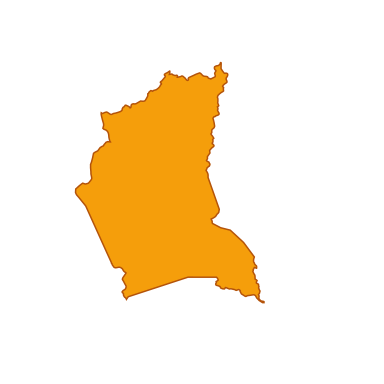 the district of Santa Cruz, Lempira, Honduras, rotated 121°
{"feature_id": "27666195B84616155619024", "entity_name": "Santa Cruz", "entity_type": "district", "adm_level": 2, "iso_a3": "HND", "parent_name": "Honduras", "parent_adm1": "Lempira", "projection": "robinson", "projection_center": [-88.56, 14.362], "detail": "fine", "context": "isolated", "style": "filled", "palette": "amber", "viewbox_px": 384, "rotation_deg": 121, "n_neighbors": 0, "source": "geoboundaries", "source_scale": "gbopen_adm2", "svg_char_len": 5956}
<svg xmlns="http://www.w3.org/2000/svg" viewBox="0 0 384 384"><g transform="rotate(121 192 192)"><path d="M249.8,73.3L249.0,73.7L248.9,73.9L249.0,74.6L249.7,76.4L249.8,77.1L249.5,78.3L248.9,79.8L247.8,80.4L246.6,80.9L245.8,82.2L244.2,82.0L241.9,82.7L241.4,83.5L241.1,84.2L240.7,84.4L240.0,85.5L238.6,85.9L238.4,86.3L237.2,87.2L236.9,87.5L236.8,87.8L236.9,89.2L236.9,89.8L236.7,90.1L235.5,90.6L234.5,90.5L234.4,90.6L234.2,91.3L234.1,93.1L231.6,94.7L230.9,95.4L230.6,95.8L230.2,96.8L228.7,99.0L228.1,99.0L227.9,99.0L226.8,99.7L226.2,99.5L224.6,99.7L224.4,99.4L224.2,97.5L224.1,97.4L223.8,97.5L222.9,98.0L222.2,98.6L221.6,101.1L220.8,101.9L220.4,102.9L220.0,103.3L219.2,103.9L217.7,104.6L215.6,105.1L208.7,121.8L205.0,139.6L207.9,149.1L208.4,158.0L208.1,158.8L206.6,159.7L205.4,161.6L205.1,161.7L204.1,160.8L202.0,159.7L200.8,159.2L198.1,159.1L196.8,158.7L195.6,158.6L192.8,159.7L171.3,185.7L169.1,187.0L168.2,187.8L167.4,188.9L166.2,191.1L164.8,191.2L163.5,191.5L162.7,191.2L161.4,190.9L161.0,190.5L160.7,190.5L159.9,190.6L159.0,190.9L158.7,191.2L158.3,192.1L157.7,192.8L157.8,195.2L157.7,195.6L157.6,195.8L157.0,195.9L155.4,195.9L154.0,196.9L153.7,197.0L149.3,196.7L147.7,198.0L147.2,198.3L144.3,197.8L142.2,197.0L141.6,196.9L141.2,196.9L140.8,197.2L140.5,197.7L140.2,198.7L140.2,199.5L139.6,199.9L138.7,199.8L137.8,200.1L136.9,200.7L136.4,201.3L134.7,201.0L133.6,203.1L132.8,205.2L132.3,205.7L131.0,205.6L129.3,206.6L128.2,207.0L125.7,206.2L124.8,206.3L123.9,206.5L123.2,207.1L121.3,208.7L119.0,210.9L118.3,211.8L117.9,212.0L116.4,212.0L115.5,211.1L115.0,211.0L114.5,210.8L113.3,209.8L112.5,209.2L111.7,208.9L111.2,209.0L110.8,209.2L110.3,209.8L109.5,211.3L108.7,212.3L108.4,212.4L107.8,212.4L107.4,212.5L105.8,214.1L105.1,213.7L104.3,213.5L103.5,214.4L102.5,215.8L100.8,216.6L98.8,217.8L97.7,219.0L97.1,219.2L95.9,219.5L93.5,218.9L91.7,218.2L90.1,217.3L89.2,217.0L88.8,217.2L87.3,218.4L86.6,218.5L86.2,218.7L86.0,219.1L85.9,220.0L85.4,220.3L84.5,220.2L83.1,219.9L82.4,219.6L80.8,218.8L80.0,218.6L79.6,218.7L78.9,219.3L77.8,220.8L77.3,221.1L76.5,221.4L75.1,221.3L74.0,221.4L73.2,221.7L72.6,222.1L72.3,222.7L72.4,223.5L72.7,224.3L73.4,224.9L73.5,225.6L72.8,227.6L71.5,230.3L71.2,230.7L66.3,233.5L66.2,233.9L66.3,234.1L66.7,234.2L67.3,234.0L67.9,233.9L68.9,234.1L69.5,234.3L70.3,234.8L70.9,235.6L71.6,236.3L73.0,237.1L73.8,236.9L74.8,236.2L75.3,235.3L75.5,234.3L75.7,234.0L76.3,233.8L77.8,233.8L78.6,233.7L78.9,233.4L80.5,231.8L81.0,231.6L81.3,231.6L81.6,231.7L85.4,234.1L85.5,234.3L85.5,234.9L85.8,235.7L85.9,236.4L85.8,237.0L85.3,237.9L85.3,238.3L85.5,239.1L86.4,241.0L86.7,242.0L86.5,243.4L85.9,245.5L85.9,246.3L86.0,246.8L88.8,249.1L91.4,250.8L95.3,253.5L95.9,253.7L96.6,253.7L96.9,253.5L97.4,253.0L97.9,252.9L98.4,253.0L98.7,253.4L98.8,254.0L98.7,254.7L97.9,256.6L97.7,258.0L97.5,259.2L97.6,260.1L97.9,260.6L98.8,261.1L99.9,262.2L101.2,263.6L101.3,263.8L101.2,263.9L100.6,263.8L100.0,264.2L99.8,264.6L99.7,265.0L99.9,265.4L100.6,266.1L101.0,266.8L101.4,268.8L101.2,269.8L101.3,270.1L102.9,272.0L102.0,272.2L100.7,272.7L99.9,273.2L99.8,273.4L99.9,273.5L102.2,274.5L104.2,275.8L105.3,276.2L105.7,276.1L106.0,275.8L106.2,275.5L106.2,275.0L106.3,274.7L107.1,274.3L112.3,275.1L113.5,275.6L114.0,275.7L114.3,275.6L114.6,275.3L114.7,275.0L114.6,274.6L114.6,274.3L114.8,274.1L115.2,273.8L115.6,273.8L116.7,274.1L118.2,273.9L119.3,274.1L120.8,274.5L122.7,275.3L125.1,277.5L125.9,277.6L126.2,279.4L126.4,279.6L128.6,280.3L129.7,280.1L130.6,280.5L132.2,279.5L133.3,279.3L136.7,279.2L137.8,279.3L138.2,279.4L138.7,279.8L139.3,280.5L140.0,281.7L140.3,282.6L140.5,282.9L145.2,285.5L146.0,286.4L146.6,287.7L147.4,288.5L148.0,288.8L148.7,288.9L151.0,288.0L151.3,288.0L151.6,288.2L151.8,288.5L151.3,289.8L151.3,290.3L151.6,293.3L152.0,293.9L153.9,294.1L154.7,294.6L155.3,294.7L156.7,294.6L157.9,294.1L158.5,294.2L159.5,294.6L160.3,295.1L161.7,296.3L163.6,298.0L165.3,299.9L166.2,300.4L166.7,300.7L167.2,301.3L167.4,301.9L167.4,303.1L167.3,305.3L167.4,306.3L167.9,306.9L169.1,308.0L170.8,309.0L170.8,310.6L171.9,310.1L173.3,308.9L176.4,305.8L178.6,303.4L179.4,302.7L180.5,302.0L183.3,301.2L183.6,299.8L183.2,297.8L183.5,295.9L184.3,294.4L185.8,292.9L188.0,291.3L189.4,290.0L190.6,288.8L191.1,287.7L191.3,287.9L191.5,288.6L192.3,290.3L193.9,291.4L194.7,291.4L196.5,291.8L198.0,291.7L199.3,292.6L201.2,293.6L205.3,294.0L206.7,294.9L208.2,295.8L208.9,296.1L209.6,296.3L213.9,294.8L218.0,293.6L220.7,293.1L221.8,292.4L223.5,291.4L226.8,289.0L228.6,287.9L230.3,286.3L231.6,285.2L232.1,284.9L232.8,284.7L234.2,284.8L237.2,285.2L237.9,285.4L239.8,287.2L240.2,287.8L240.7,290.2L242.0,290.8L244.9,291.9L249.3,293.2L252.4,291.6L253.5,290.1L253.9,289.4L254.8,286.6L258.7,275.9L287.4,234.4L293.9,224.9L294.4,224.6L294.7,223.6L295.4,223.0L296.6,220.3L296.7,219.8L296.6,219.3L296.4,218.6L295.9,217.9L294.0,215.8L293.7,214.9L293.5,214.1L293.7,212.1L294.7,210.4L295.1,209.3L295.2,208.5L295.2,207.4L295.3,207.0L295.8,206.8L301.1,207.1L302.6,206.8L303.1,206.1L303.8,204.7L305.3,202.3L306.4,200.3L306.8,199.9L307.5,199.5L308.7,199.2L309.6,199.2L310.2,199.4L312.0,200.3L313.5,200.5L314.0,200.1L314.2,199.7L314.2,199.3L314.2,198.9L314.3,198.5L315.6,197.7L316.2,196.9L316.8,195.7L316.9,194.6L317.1,194.0L317.4,193.4L317.8,192.9L314.6,192.7L267.1,151.6L252.4,127.1L252.9,125.6L253.9,124.2L254.2,124.2L254.9,124.4L256.3,125.2L256.5,125.1L256.7,124.7L257.0,124.5L257.4,124.4L257.9,124.5L258.3,124.4L258.8,124.2L259.3,123.7L259.4,123.4L259.4,123.0L258.9,121.3L258.6,119.4L258.8,118.9L259.4,118.3L259.5,117.7L259.2,115.9L258.5,114.4L258.2,114.2L257.9,114.1L256.9,114.2L256.5,113.9L255.9,110.1L255.7,109.7L255.1,109.1L254.8,108.5L253.7,105.2L253.6,103.6L253.3,103.2L252.3,102.4L251.8,102.1L251.5,101.5L251.5,100.9L251.6,100.1L251.9,99.8L252.3,99.7L253.4,98.0L253.9,97.1L253.9,96.6L254.0,92.9L253.9,92.4L253.7,92.0L253.0,91.5L252.3,91.1L250.9,89.3L248.5,86.5L248.1,85.6L248.1,84.9L248.2,84.1L249.5,81.9L250.4,78.5L250.5,74.5L249.8,73.3Z" fill="#f59e0b" stroke="#b45309" stroke-width="1.5"/></g></svg>